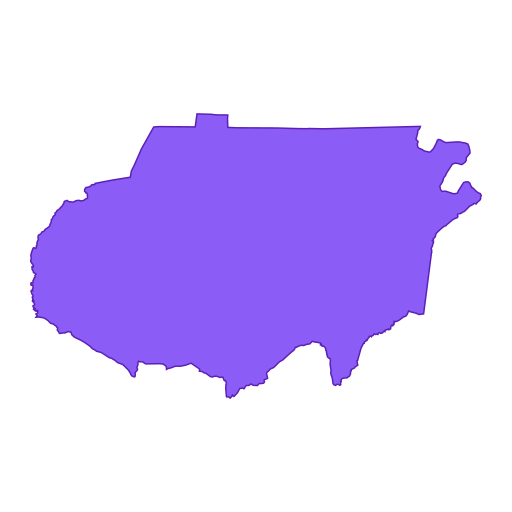 the district of Bongo, Upper East, Ghana
{"feature_id": "2480657B66034837272834", "entity_name": "Bongo", "entity_type": "district", "adm_level": 2, "iso_a3": "GHA", "parent_name": "Ghana", "parent_adm1": "Upper East", "projection": "albers", "projection_center": [-0.813, 10.917], "detail": "fine", "context": "isolated", "style": "filled", "palette": "violet", "viewbox_px": 512, "rotation_deg": 0, "n_neighbors": 0, "source": "geoboundaries", "source_scale": "gbopen_adm2", "svg_char_len": 5973}
<svg xmlns="http://www.w3.org/2000/svg" viewBox="0 0 512 512"><path d="M228.6,396.8L230.2,398.1L231.9,396.3L232.3,395.0L232.5,394.9L233.7,396.4L234.2,396.3L237.5,392.7L239.8,388.5L242.6,388.1L243.8,388.7L244.4,388.5L245.2,386.7L245.9,385.9L246.7,385.5L249.0,385.4L251.1,383.9L253.0,385.3L257.5,385.5L259.2,383.5L261.2,383.6L263.6,383.2L264.5,381.9L264.0,380.3L264.5,379.6L267.3,378.6L267.6,378.0L266.5,373.4L266.8,372.6L267.6,371.7L268.5,371.2L268.9,370.5L270.5,368.9L273.7,367.5L279.3,361.9L282.8,359.9L290.8,352.6L293.8,350.2L294.6,349.2L295.1,347.6L295.9,347.2L296.6,347.3L298.1,346.3L301.0,345.3L303.8,345.5L306.4,344.4L309.8,343.9L312.3,341.3L315.5,342.2L317.3,342.2L318.1,342.6L320.0,342.8L320.5,343.5L320.5,344.8L321.4,344.3L321.7,345.8L322.5,346.2L323.2,345.9L324.9,347.3L325.6,348.4L325.8,350.4L326.4,351.0L326.5,352.6L326.9,353.3L326.7,354.2L327.2,355.3L327.4,356.8L328.9,358.2L329.9,358.5L330.4,360.1L330.1,364.3L331.0,370.1L330.8,373.7L332.3,378.3L333.0,383.5L334.0,384.9L335.6,385.4L336.8,384.3L338.5,384.4L339.5,385.2L340.3,385.1L340.7,384.8L340.6,383.3L340.9,382.3L340.6,381.3L341.2,381.2L341.1,379.8L341.8,378.8L344.0,378.0L346.6,377.9L347.7,377.5L348.2,376.7L349.3,376.3L350.5,374.0L350.6,373.5L350.3,372.3L351.0,371.4L351.3,370.0L351.1,369.6L354.3,368.1L355.1,367.0L357.8,365.1L356.8,360.9L357.6,360.5L361.0,348.3L363.4,343.5L364.2,343.3L364.1,342.5L364.3,342.1L366.1,341.0L366.2,340.3L366.6,339.8L367.1,340.2L368.2,338.1L369.0,337.6L369.3,336.4L370.6,336.1L371.4,336.8L372.0,335.8L373.1,335.4L374.0,333.9L375.4,334.5L376.9,334.0L377.8,334.5L378.5,333.2L379.8,332.6L380.5,333.3L382.0,333.1L382.8,332.6L382.9,331.9L383.7,331.7L384.2,331.1L384.9,331.6L385.3,330.1L385.6,329.8L386.5,329.9L387.4,329.3L388.2,329.7L388.6,329.0L389.3,329.6L390.6,328.9L390.9,326.4L391.3,325.8L392.4,325.8L392.3,325.0L393.3,325.1L394.0,324.4L393.6,323.6L394.2,323.0L393.9,322.1L394.2,321.3L395.2,321.7L396.9,321.3L399.1,320.2L403.3,317.1L405.9,316.0L407.2,314.4L408.6,311.0L410.0,311.7L416.1,313.2L418.9,314.5L423.6,313.9L431.4,253.4L431.8,252.2L431.4,251.2L431.8,250.4L431.1,248.4L432.5,245.9L432.7,244.2L433.4,243.0L433.5,241.6L432.4,240.7L433.5,240.0L433.2,238.9L435.2,236.9L435.9,234.1L436.6,232.9L441.1,228.7L444.1,226.3L446.1,225.6L446.5,224.9L453.4,219.2L457.5,217.5L457.9,216.1L457.4,215.0L457.9,214.0L461.0,213.4L462.6,212.2L464.6,211.3L469.5,206.3L473.0,204.4L473.6,203.6L474.4,203.5L476.3,203.9L477.0,202.7L480.1,199.9L480.6,198.9L480.6,197.0L481.3,195.6L480.3,193.6L478.3,192.8L476.0,191.1L473.0,188.0L471.6,187.5L471.6,186.8L470.8,185.7L469.9,183.2L468.0,181.8L465.1,182.0L463.6,182.6L458.3,190.9L457.5,193.0L455.7,193.6L453.3,193.7L445.7,191.2L442.2,191.3L441.1,190.5L440.6,189.6L439.8,186.0L442.2,182.4L443.1,180.3L443.5,178.1L445.4,175.7L446.7,172.9L452.1,164.5L453.3,163.7L455.6,163.1L458.0,163.5L461.0,164.5L462.2,164.4L465.1,162.2L466.2,160.4L466.3,157.7L470.0,153.1L469.8,150.3L468.6,145.6L467.8,144.0L465.6,143.1L459.6,142.0L456.9,141.9L446.2,142.6L444.3,142.1L440.5,139.9L438.6,139.4L437.4,140.2L436.2,143.4L433.4,148.7L430.3,151.9L429.1,152.1L424.2,150.9L422.1,149.5L418.7,148.1L417.8,147.1L417.3,144.1L418.1,141.7L416.0,139.2L417.7,132.9L417.8,130.5L419.3,129.2L420.4,126.4L323.4,128.8L309.3,128.5L306.6,128.7L298.1,128.6L277.3,128.0L237.1,127.8L227.8,127.4L227.5,118.1L227.8,115.0L215.9,114.9L211.3,114.3L197.0,113.9L195.2,126.9L158.5,126.6L153.7,127.0L141.5,148.8L134.0,165.8L131.4,170.9L130.3,177.2L112.8,180.0L95.1,183.4L94.7,184.5L94.2,184.7L92.2,184.6L91.5,185.0L91.2,185.7L88.9,187.0L88.1,187.0L86.8,187.6L86.1,187.4L84.7,189.2L84.6,191.4L85.3,191.8L85.8,192.9L86.9,193.1L87.3,193.9L87.5,198.2L87.1,198.5L85.9,198.8L84.0,200.2L82.9,200.6L81.1,201.0L79.5,200.4L77.2,200.4L75.3,201.0L73.4,202.1L69.2,201.7L68.0,201.2L67.1,200.4L64.5,201.3L64.1,201.8L63.9,203.3L62.6,205.0L62.1,206.3L61.0,207.0L59.4,209.0L57.1,210.5L56.4,212.0L55.0,213.0L55.3,214.7L53.1,216.5L52.7,218.2L51.3,219.7L51.3,221.3L51.0,222.4L49.9,224.7L49.5,226.3L46.5,228.6L45.4,229.1L43.9,231.3L41.9,232.0L40.8,233.9L39.3,234.6L38.3,235.4L38.0,236.9L38.3,239.7L37.2,241.7L36.9,243.2L37.1,244.7L36.3,246.0L36.3,247.4L35.7,248.4L33.8,247.7L33.1,248.2L31.5,252.5L30.8,255.5L31.3,258.1L30.7,260.5L30.8,261.6L32.1,263.8L32.9,264.4L33.5,266.2L33.2,266.9L32.4,266.5L31.9,266.8L32.2,269.7L33.3,271.3L33.5,272.6L35.5,273.5L35.9,274.1L34.9,275.6L35.2,277.0L34.2,277.8L33.9,279.1L33.0,280.5L33.0,282.5L32.6,283.0L31.2,282.7L31.0,283.1L30.8,284.8L31.6,285.3L32.7,285.0L33.1,287.3L32.5,289.2L32.6,290.7L31.5,290.4L31.0,291.0L31.9,293.9L33.2,295.6L33.1,296.3L32.2,297.2L32.8,298.5L32.7,299.5L33.8,300.5L33.8,300.9L32.5,300.6L32.4,301.2L33.8,302.5L34.7,304.2L34.5,304.8L33.0,305.8L33.0,306.7L35.1,308.6L35.1,309.0L34.7,309.2L33.7,308.8L33.5,309.3L34.8,310.2L35.3,311.0L35.9,310.7L36.5,311.1L37.0,310.4L37.7,310.6L37.5,313.1L37.1,313.5L36.0,313.8L36.1,314.4L37.0,315.2L37.2,315.7L36.0,317.2L38.4,317.0L43.5,317.8L45.3,318.7L48.2,320.7L50.3,323.1L51.6,323.6L53.5,324.0L54.5,325.1L56.6,326.4L56.8,327.2L57.7,328.0L57.3,329.4L57.4,330.4L58.5,331.6L59.1,333.0L59.8,333.5L63.9,332.8L64.8,333.0L68.0,331.6L71.0,332.2L71.7,334.6L73.8,336.7L75.9,337.9L81.0,340.3L85.0,342.7L90.1,346.3L92.4,348.7L95.6,350.4L96.3,351.2L101.3,352.5L109.5,357.8L111.2,358.1L114.9,360.3L117.6,362.6L122.9,364.6L128.5,370.2L130.1,372.9L130.6,373.3L130.7,374.2L131.7,375.8L133.7,376.8L134.4,376.9L135.0,376.6L135.3,374.9L135.1,372.7L137.4,370.0L137.5,369.1L136.9,367.3L137.9,364.9L138.0,362.1L138.6,361.2L139.8,361.8L143.0,361.9L144.1,363.0L145.8,363.9L158.9,363.7L162.7,363.9L164.9,365.2L165.9,366.1L166.4,367.2L166.5,369.4L167.9,368.6L170.8,367.9L175.4,366.2L180.7,366.2L185.8,365.1L191.1,363.2L199.7,369.1L199.3,371.1L202.5,371.7L203.9,372.8L205.9,373.3L210.4,376.6L212.5,377.0L214.3,376.3L216.5,376.2L220.1,377.5L221.5,377.1L223.1,377.4L223.3,378.6L224.2,380.4L224.5,380.7L225.5,380.7L226.4,382.7L225.8,385.1L226.0,386.7L225.7,387.7L226.4,396.5L226.7,396.9L228.6,396.8Z" fill="#8b5cf6" stroke="#5b21b6" stroke-width="1.5"/></svg>